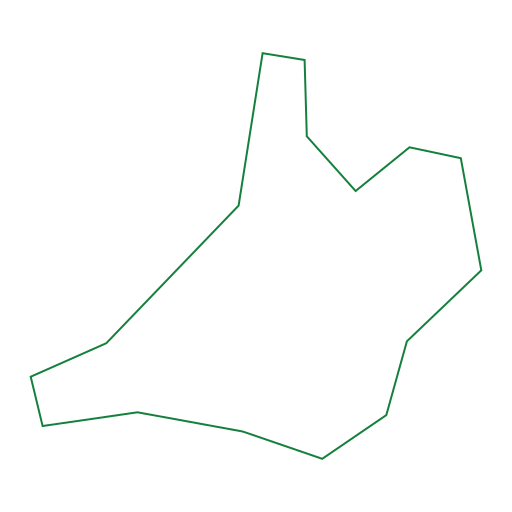 the border of Port Louis city
{"feature_id": "MUS-5190", "entity_name": "Port Louis city", "entity_type": "City", "adm_level": 1, "iso_a3": "MUS", "parent_name": "Mauritius", "parent_adm1": "", "projection": "albers", "projection_center": [57.494, -20.147], "detail": "fine", "context": "isolated", "style": "outline", "palette": "green", "viewbox_px": 512, "rotation_deg": 0, "n_neighbors": 0, "source": "natural_earth", "source_scale": "10m", "svg_char_len": 326}
<svg xmlns="http://www.w3.org/2000/svg" viewBox="0 0 512 512"><path d="M30.7,376.7L106.3,343.2L238.6,205.6L262.6,53.2L304.6,60.0L306.8,136.3L355.6,191.0L409.5,147.3L460.8,158.2L481.3,270.3L406.9,341.3L386.3,415.1L322.2,458.8L242.7,431.5L137.5,412.3L42.6,426.0L30.7,376.7Z" fill="none" stroke="#15803d" stroke-width="2"/></svg>